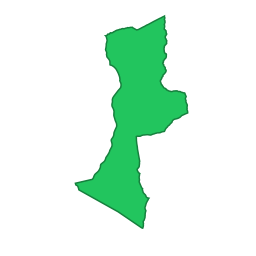 Balambala, North-Eastern, Kenya, rotated 77°
{"feature_id": "3690345B82306211866493", "entity_name": "Balambala", "entity_type": "district", "adm_level": 2, "iso_a3": "KEN", "parent_name": "Kenya", "parent_adm1": "North-Eastern", "projection": "orthographic", "projection_center": [39.23, -0.023], "detail": "fine", "context": "isolated", "style": "filled", "palette": "green", "viewbox_px": 256, "rotation_deg": 77, "n_neighbors": 0, "source": "geoboundaries", "source_scale": "gbopen_adm2", "svg_char_len": 5573}
<svg xmlns="http://www.w3.org/2000/svg" viewBox="0 0 256 256"><g transform="rotate(77 128 128)"><path d="M150.7,123.5L148.6,123.2L145.3,123.0L142.1,122.6L138.2,121.8L138.1,121.0L138.1,120.6L138.5,119.3L138.7,118.3L138.7,117.5L138.3,116.2L138.3,115.6L138.3,114.6L138.5,113.4L138.7,111.6L138.9,110.4L139.7,108.4L140.0,107.3L139.6,105.2L139.6,104.0L139.4,102.4L139.4,101.5L139.3,100.8L139.7,98.6L139.8,97.7L139.7,97.2L139.4,96.0L139.5,93.6L139.5,93.3L139.3,93.1L137.5,91.7L137.0,91.2L136.2,90.0L135.9,89.4L135.0,88.5L134.8,88.1L134.4,87.0L134.2,86.7L133.4,85.8L132.6,84.3L132.3,83.9L131.3,83.3L130.9,83.0L130.6,82.6L130.4,82.1L130.0,81.3L129.9,80.6L129.9,78.2L129.8,77.1L129.3,75.0L128.3,73.4L128.0,72.9L127.9,72.6L127.6,71.0L127.1,68.7L126.8,66.7L126.7,66.4L126.2,66.4L125.4,66.2L124.2,66.2L123.3,66.4L122.9,66.3L122.4,66.0L121.4,65.9L120.2,65.5L119.5,65.2L119.1,65.1L118.7,65.1L116.2,65.6L115.4,65.7L114.3,65.3L113.3,65.5L112.3,65.5L111.5,65.1L110.6,64.3L110.2,64.3L109.8,64.4L108.9,64.5L108.1,64.8L107.2,64.7L106.8,64.8L106.4,65.3L106.3,66.0L105.7,66.8L105.2,67.9L104.1,69.2L103.9,70.4L103.7,70.9L103.0,71.5L103.0,72.1L102.6,72.6L102.7,73.1L102.6,73.3L102.4,73.7L102.4,74.6L102.2,75.5L102.3,76.1L102.4,76.5L102.2,78.0L101.8,78.4L101.5,79.2L101.1,79.7L101.0,80.0L100.8,80.4L100.2,80.8L99.8,81.4L99.4,81.9L99.0,81.9L98.9,81.9L98.5,82.3L98.2,82.4L97.9,82.8L97.6,83.0L97.2,83.7L96.9,84.0L96.6,84.2L95.5,84.5L94.8,84.9L94.0,85.0L93.7,85.2L93.4,85.6L91.9,85.8L91.2,85.9L90.9,85.8L90.7,85.8L90.0,86.0L89.5,86.0L89.2,85.7L88.8,85.6L88.6,85.5L88.5,85.1L88.0,84.7L87.4,84.0L86.5,83.9L85.7,82.6L85.4,82.3L85.2,82.2L84.6,82.2L84.3,82.0L83.5,80.6L82.9,79.8L82.0,78.7L80.9,78.0L80.0,77.9L79.7,78.1L79.2,78.5L78.8,78.5L78.0,78.2L77.4,78.2L77.0,78.3L76.5,78.7L75.6,79.0L74.9,79.2L74.4,79.0L74.2,79.0L73.9,79.3L73.2,79.4L72.9,79.6L72.7,79.6L72.4,79.5L72.0,78.8L71.5,78.5L71.2,78.5L70.9,78.6L70.7,78.6L69.5,77.0L69.1,76.8L68.6,75.7L67.8,75.0L67.0,74.6L66.0,74.4L65.3,74.1L64.8,74.1L64.2,74.2L64.0,74.5L63.8,75.0L63.5,75.2L62.7,75.3L62.2,75.5L62.0,75.4L61.1,75.5L60.8,75.3L59.8,75.2L59.4,75.2L58.4,75.0L58.0,74.6L57.2,74.5L57.0,74.3L56.3,74.1L56.2,74.0L56.1,73.7L55.9,73.4L55.5,73.1L55.2,72.4L54.8,72.0L54.5,71.4L54.3,71.3L52.5,71.1L52.1,70.7L51.9,70.7L51.4,70.6L51.0,70.9L50.5,70.9L50.1,71.1L49.6,71.0L49.3,71.2L49.1,71.2L48.6,71.4L47.8,71.3L47.3,70.9L47.2,70.9L47.0,71.0L46.6,70.8L46.0,69.8L45.5,69.4L45.3,69.2L45.1,69.1L44.8,69.4L44.2,69.5L43.6,69.3L43.1,69.3L41.9,69.1L40.6,69.8L40.3,70.2L40.0,70.4L39.2,70.3L38.2,69.8L37.2,69.4L36.7,69.3L36.2,69.4L35.6,69.3L35.3,69.4L34.8,68.9L34.1,68.7L33.5,68.2L32.9,68.0L32.3,68.2L31.7,67.9L31.1,68.1L30.7,68.0L30.2,68.2L29.3,67.4L29.0,67.3L28.3,67.4L28.0,67.4L27.5,67.4L27.1,67.3L27.9,70.4L28.2,71.3L28.2,71.8L30.1,79.4L30.4,80.4L31.8,85.5L31.8,86.1L32.9,89.7L32.9,90.1L34.4,95.8L34.4,97.5L31.4,100.8L30.9,101.0L30.5,102.9L30.5,103.6L30.5,104.8L30.2,105.5L30.1,105.8L30.3,106.9L30.2,107.8L30.4,109.1L30.3,110.0L30.0,110.5L29.9,111.0L29.9,111.6L30.2,113.0L30.0,113.6L30.0,114.1L30.2,114.9L30.2,116.8L30.5,118.2L31.0,119.7L31.1,120.4L31.4,120.9L31.6,121.9L31.7,122.2L31.7,122.4L31.4,123.3L31.3,123.8L31.9,124.7L32.2,124.8L32.3,124.9L32.3,125.1L32.1,125.5L32.2,126.0L32.0,126.4L32.0,126.6L32.5,126.9L33.0,127.5L32.9,128.1L33.2,128.6L33.1,129.1L33.8,128.7L35.0,128.6L37.3,128.6L38.1,128.7L39.8,129.5L41.2,130.3L42.6,130.6L44.5,131.3L45.0,131.5L45.8,131.9L46.5,132.2L47.4,132.2L48.6,131.9L50.0,131.8L51.5,132.4L54.0,132.5L56.7,131.2L57.5,130.9L58.4,130.7L59.3,130.7L62.3,131.3L62.5,131.3L63.4,129.7L64.1,129.0L65.2,128.0L66.9,126.9L67.9,126.4L69.4,125.9L72.2,125.2L75.1,124.8L76.5,124.7L78.0,124.8L79.0,124.9L79.8,125.3L81.1,125.2L82.5,124.9L83.6,124.9L85.0,125.2L85.8,125.5L87.0,126.1L87.7,126.9L89.4,129.3L94.0,134.8L95.5,136.2L96.1,136.5L96.9,136.9L98.7,137.2L99.4,137.4L101.0,138.2L102.0,138.5L103.0,138.6L103.6,138.6L105.4,138.1L106.8,137.9L108.4,137.8L109.8,138.2L111.9,138.8L112.9,139.0L118.1,138.7L119.6,138.4L121.0,138.2L122.1,138.3L123.2,138.5L123.7,138.6L124.7,139.2L126.3,140.5L128.8,142.3L129.7,142.8L131.3,143.3L132.5,143.9L133.6,144.8L135.1,146.4L135.3,146.7L136.1,147.1L136.6,147.2L139.6,147.1L140.2,147.2L140.9,147.3L142.0,147.7L142.9,148.3L145.8,150.8L147.3,151.6L148.2,152.4L149.8,153.9L151.3,155.6L151.8,156.1L153.7,157.2L154.6,157.9L155.4,158.9L157.0,162.2L157.4,162.7L158.3,163.2L159.4,163.5L160.5,164.0L162.0,165.2L163.1,166.2L164.0,167.5L165.4,170.1L165.9,170.8L166.9,171.7L168.7,172.9L169.3,173.4L170.0,174.3L170.0,191.7L170.7,191.7L171.7,191.6L172.1,191.3L172.4,190.8L172.7,190.5L173.3,190.1L173.8,189.9L175.0,189.9L176.1,189.7L177.1,189.8L177.3,189.7L206.5,157.5L207.3,156.6L228.3,137.2L228.5,136.9L228.9,136.2L227.6,135.4L226.7,135.0L225.2,134.7L224.6,134.4L223.5,134.4L222.5,134.2L222.2,134.0L221.7,133.3L221.2,132.9L219.2,131.7L218.5,131.4L217.9,131.3L217.2,131.0L216.2,130.8L215.3,130.5L214.1,130.0L212.7,129.2L212.3,129.2L211.1,129.5L210.1,129.5L209.7,129.5L208.8,129.1L208.1,128.6L206.0,127.5L205.2,127.0L203.6,125.7L202.6,124.7L201.6,124.0L201.1,123.4L200.5,124.6L199.7,125.5L199.0,125.8L198.6,125.9L198.1,125.8L197.1,126.1L196.8,126.3L195.2,127.3L194.5,127.6L194.0,127.8L192.9,127.7L191.8,127.9L191.3,127.9L190.7,127.5L190.4,127.4L189.9,127.8L189.0,128.2L183.3,129.2L182.5,129.1L181.2,128.5L180.0,128.4L178.8,128.3L178.1,128.1L176.7,127.5L175.7,127.2L175.2,126.8L175.0,127.1L174.8,127.2L174.6,127.1L174.1,127.6L173.8,127.8L173.4,127.8L173.1,128.1L170.9,128.5L170.3,128.4L168.3,125.9L165.3,124.8L164.7,124.7L163.7,124.5L163.3,124.2L163.1,124.1L150.7,123.5Z" fill="#22c55e" stroke="#15803d" stroke-width="1.5"/></g></svg>